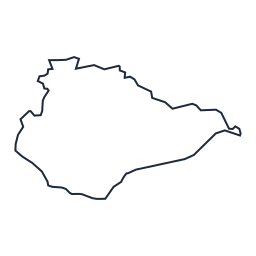 the border of East Sussex
{"feature_id": "GBR-2677", "entity_name": "East Sussex", "entity_type": "Administrative County", "adm_level": 1, "iso_a3": "GBR", "parent_name": "United Kingdom", "parent_adm1": "", "projection": "mercator", "projection_center": [0.265, 50.946], "detail": "fine", "context": "isolated", "style": "outline", "palette": "slate", "viewbox_px": 256, "rotation_deg": 0, "n_neighbors": 0, "source": "natural_earth", "source_scale": "10m", "svg_char_len": 1026}
<svg xmlns="http://www.w3.org/2000/svg" viewBox="0 0 256 256"><path d="M240.0,135.5L224.8,130.4L215.8,133.4L193.8,155.0L184.7,159.1L136.0,169.6L127.6,173.4L126.5,173.3L124.0,176.6L121.8,180.4L121.3,181.8L113.6,186.8L105.3,198.8L96.9,198.9L92.5,198.2L82.2,194.3L79.7,193.9L71.8,194.0L69.7,192.8L65.8,188.9L61.6,187.5L52.1,186.8L48.2,185.4L47.5,181.5L41.8,171.4L32.2,162.9L22.5,156.7L15.4,150.6L15.5,147.9L15.7,143.9L18.0,134.8L23.2,126.8L20.5,119.3L29.1,111.1L30.6,111.1L34.4,115.6L40.7,115.2L42.2,111.0L42.8,100.7L44.3,97.1L48.6,90.6L47.4,88.8L44.3,88.5L43.0,83.7L37.8,81.0L39.5,76.3L44.3,75.7L47.6,73.6L48.2,69.3L52.5,68.9L49.1,60.1L58.4,60.1L66.0,59.8L74.1,57.1L79.0,58.8L75.9,68.7L94.1,65.1L104.3,69.3L118.8,65.8L119.7,66.6L119.8,70.4L125.1,72.4L124.7,77.8L130.2,76.7L134.5,79.4L138.0,85.4L151.1,91.6L152.2,97.9L165.1,102.2L172.5,108.7L192.3,103.8L196.2,105.3L200.8,110.3L216.0,109.7L221.3,112.9L229.0,128.7L232.6,129.0L235.3,126.4L239.3,128.8L240.6,133.4L240.0,135.5Z" fill="none" stroke="#1e293b" stroke-width="2"/></svg>